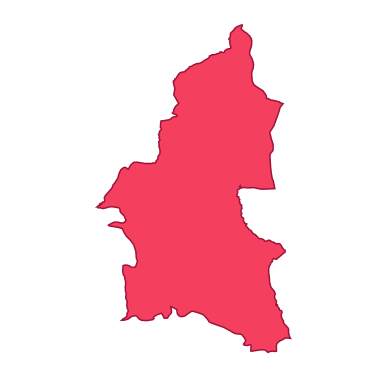 Kabalo, Katanga, Democratic Republic of the Congo, rotated 267°
{"feature_id": "63176286B58583497580401", "entity_name": "Kabalo", "entity_type": "district", "adm_level": 2, "iso_a3": "COD", "parent_name": "Democratic Republic of the Congo", "parent_adm1": "Katanga", "projection": "natural_earth1", "projection_center": [26.919, -6.185], "detail": "fine", "context": "isolated", "style": "filled", "palette": "rose", "viewbox_px": 384, "rotation_deg": 267, "n_neighbors": 0, "source": "geoboundaries", "source_scale": "gbopen_adm2", "svg_char_len": 5957}
<svg xmlns="http://www.w3.org/2000/svg" viewBox="0 0 384 384"><g transform="rotate(267 192 192)"><path d="M203.3,113.6L200.2,112.3L193.5,105.8L192.8,105.2L191.2,104.2L189.7,104.2L187.9,104.4L186.8,103.8L186.6,102.2L185.6,100.9L185.0,101.0L184.7,101.1L185.2,99.7L185.1,99.4L185.0,99.2L183.6,99.5L183.6,98.3L182.1,96.4L182.1,97.1L181.1,97.3L181.0,99.8L180.3,101.4L180.2,103.1L181.4,108.6L181.5,110.3L181.3,112.6L180.7,115.1L180.1,117.8L179.6,118.8L178.0,119.2L176.3,119.2L174.9,120.0L171.4,123.2L166.8,124.6L164.7,121.8L164.9,118.9L165.7,116.8L166.0,113.1L165.6,111.7L163.4,106.8L163.1,106.8L162.4,107.9L161.8,110.7L160.4,117.1L159.6,118.8L159.2,120.4L154.7,122.2L153.3,123.1L151.5,124.0L149.7,125.6L147.0,128.0L142.3,131.1L135.6,132.8L132.8,132.9L128.8,132.9L125.9,133.9L122.6,132.7L120.2,131.6L119.8,129.1L120.2,127.3L121.7,125.4L122.4,123.1L122.5,121.1L122.1,119.3L116.0,118.6L112.8,119.2L110.6,120.5L109.1,120.3L107.0,120.9L105.4,120.9L102.5,120.9L101.0,120.3L100.0,120.4L96.2,120.4L95.2,120.7L93.8,121.0L91.3,120.4L89.4,120.3L87.3,121.2L85.6,121.6L83.5,121.1L81.2,121.0L79.6,121.2L77.5,122.0L76.1,122.0L75.9,121.8L74.1,120.7L71.7,120.6L70.5,119.7L68.8,116.5L67.6,115.0L67.6,116.4L67.6,118.0L68.4,121.4L69.6,123.4L70.6,124.7L71.2,126.6L71.4,128.9L70.9,130.4L68.0,132.5L66.5,134.9L65.9,140.1L66.6,146.3L67.6,147.4L69.0,146.9L69.6,147.7L71.0,150.2L72.5,154.7L72.0,155.4L70.6,156.4L67.9,157.3L67.3,158.2L67.4,161.1L67.9,161.2L70.5,163.2L72.1,164.9L73.7,165.3L78.8,164.9L75.5,170.7L73.2,170.8L70.9,171.1L69.3,172.2L68.2,173.9L68.1,176.1L68.7,178.7L69.9,180.4L72.9,185.3L72.9,186.5L72.1,189.0L70.4,193.7L68.6,197.2L64.4,200.6L61.2,202.5L59.7,205.6L57.0,212.2L55.2,216.6L54.0,218.6L48.7,227.0L48.1,228.7L47.5,233.0L46.8,234.4L45.1,235.7L42.5,237.3L40.4,237.8L38.9,236.8L38.1,235.9L36.8,235.5L36.2,236.7L35.8,239.3L36.4,241.5L36.3,242.7L34.9,242.9L32.6,242.7L30.2,242.3L29.9,243.2L30.8,252.5L30.6,256.1L29.6,257.6L27.8,259.4L28.4,260.6L28.9,263.6L28.5,265.8L28.5,268.0L31.2,268.2L33.4,268.1L36.2,268.8L37.4,270.1L38.7,272.0L40.4,276.0L41.4,277.4L41.1,280.5L40.6,282.7L43.2,281.6L45.1,281.3L46.6,281.1L49.9,281.3L51.5,280.6L55.2,277.4L56.7,276.6L58.9,276.5L60.1,275.6L63.3,274.6L64.7,274.7L65.3,275.0L66.5,275.2L67.3,275.7L68.4,275.3L69.0,274.9L69.2,273.5L69.6,273.1L70.9,273.1L73.5,271.3L74.7,271.5L75.0,271.1L74.4,270.3L74.5,269.9L77.9,270.6L79.1,270.5L81.0,269.1L83.9,269.0L85.2,269.7L86.7,269.6L88.5,269.0L92.7,265.9L93.9,265.6L97.9,264.8L102.5,264.8L108.1,264.3L111.0,264.6L113.2,265.0L116.2,266.8L117.3,267.1L118.3,268.6L119.8,268.7L121.0,269.8L121.2,270.4L120.4,272.4L120.5,273.1L121.2,273.8L126.2,280.5L126.7,280.8L126.9,281.7L128.9,282.0L129.2,281.1L131.6,279.4L133.8,278.4L135.3,277.3L135.8,276.5L136.1,273.9L135.9,273.0L136.0,272.4L137.1,271.9L138.3,268.8L138.9,268.2L139.8,266.9L139.7,265.2L139.3,264.7L138.9,262.6L139.8,261.7L140.9,260.8L141.8,258.0L142.1,256.2L143.6,255.1L146.3,252.9L146.7,251.5L148.4,250.0L150.1,249.2L151.9,246.8L154.0,245.3L155.2,244.1L156.0,244.0L156.7,244.9L157.2,245.1L158.3,242.9L161.0,241.7L161.4,242.0L162.4,241.9L163.0,242.2L164.6,240.3L166.1,239.9L166.9,239.9L167.6,240.6L168.3,240.6L168.7,240.0L170.8,239.8L173.1,241.1L174.4,240.7L175.8,240.9L176.5,240.8L176.9,239.9L177.5,239.8L178.4,239.0L179.5,239.3L180.9,238.8L181.3,238.9L182.1,239.3L182.8,238.5L184.8,238.4L185.1,237.7L184.8,237.1L185.2,236.6L187.0,236.8L188.7,237.6L189.5,237.5L191.6,237.5L192.7,239.8L193.0,240.0L194.1,239.9L194.3,239.9L194.9,239.9L195.7,240.6L195.0,240.9L193.9,240.5L193.3,240.6L193.4,241.3L193.8,243.9L193.2,248.0L193.1,254.5L193.0,254.8L192.4,256.3L191.2,261.5L191.1,263.9L191.0,274.9L198.4,273.8L201.7,272.7L208.7,272.0L212.9,271.8L224.3,271.7L226.7,272.6L228.2,274.2L229.4,275.1L235.3,275.5L241.1,273.9L245.4,273.2L246.5,272.8L247.6,272.8L249.2,273.9L253.8,277.2L265.4,282.1L268.8,283.4L271.9,284.4L275.4,287.6L276.7,284.5L277.3,284.2L278.0,282.1L279.4,277.5L279.5,276.0L281.2,273.1L281.5,271.4L284.2,271.2L286.0,270.3L289.2,268.3L291.8,264.7L294.1,261.6L295.7,259.7L297.6,258.6L300.4,257.9L303.3,257.9L306.1,257.7L309.5,258.2L311.8,259.4L316.3,260.2L318.7,259.8L321.8,259.0L326.3,256.8L329.0,256.9L332.3,258.1L335.2,259.1L339.8,259.6L342.3,259.1L344.8,257.7L347.7,255.0L349.4,252.6L351.0,250.8L351.6,250.2L352.3,249.7L353.0,249.7L354.4,250.5L356.1,251.0L356.2,250.0L355.5,247.8L354.3,244.9L353.3,243.4L351.4,242.0L348.9,239.2L348.0,238.6L345.4,238.4L344.6,238.1L342.9,236.8L342.2,237.0L341.4,238.1L340.6,238.0L339.8,237.4L339.3,237.4L338.6,237.7L337.4,237.7L334.9,238.4L333.8,238.4L333.5,238.1L332.8,234.8L332.5,234.7L332.5,233.7L331.3,232.2L329.9,231.8L329.7,231.2L329.8,229.5L330.4,228.8L330.3,227.7L330.2,227.2L329.7,227.2L329.2,226.7L329.0,224.7L328.3,223.4L328.1,221.9L328.0,219.7L328.0,218.9L327.3,218.5L327.1,217.0L326.8,216.4L325.8,216.4L324.8,215.4L322.1,210.1L321.5,209.7L321.0,208.7L319.9,205.6L320.0,203.3L319.6,202.6L318.7,200.0L317.5,198.1L317.2,195.9L316.3,195.7L315.6,195.2L315.3,194.2L314.2,193.2L313.9,192.2L312.8,191.4L312.3,190.0L312.3,188.3L311.6,186.1L310.4,184.8L306.4,182.1L305.7,180.7L304.2,180.3L303.8,179.2L302.9,179.1L300.0,179.5L296.6,180.3L293.1,179.6L290.2,178.9L288.6,179.6L281.1,183.3L280.2,182.2L278.3,180.0L275.5,178.3L273.5,177.9L272.1,176.6L271.1,177.4L269.9,180.7L268.5,181.0L267.7,176.5L266.0,174.5L265.2,172.2L265.0,169.3L264.5,167.0L264.7,165.5L264.5,164.7L263.6,164.7L262.3,164.2L261.8,164.2L260.2,164.1L259.2,163.8L258.4,163.8L257.3,164.5L255.8,164.5L254.7,163.2L253.9,162.6L252.4,162.5L251.2,161.6L248.7,162.4L248.1,161.9L247.5,162.0L245.7,162.8L244.8,161.9L243.5,161.2L242.9,161.4L242.7,161.5L242.3,161.5L240.4,161.8L239.8,161.3L235.3,162.3L231.6,161.9L230.5,160.7L229.0,159.9L226.7,159.6L224.6,157.6L223.8,157.5L223.6,157.4L222.7,156.8L222.9,155.9L223.1,154.4L222.6,153.4L222.9,146.6L224.6,139.0L224.7,135.4L222.4,132.4L218.0,129.4L219.3,128.0L220.2,126.3L219.7,124.5L217.9,122.1L214.5,120.2L210.1,118.8L205.5,115.7L203.3,113.6Z" fill="#f43f5e" stroke="#9f1239" stroke-width="1.5"/></g></svg>